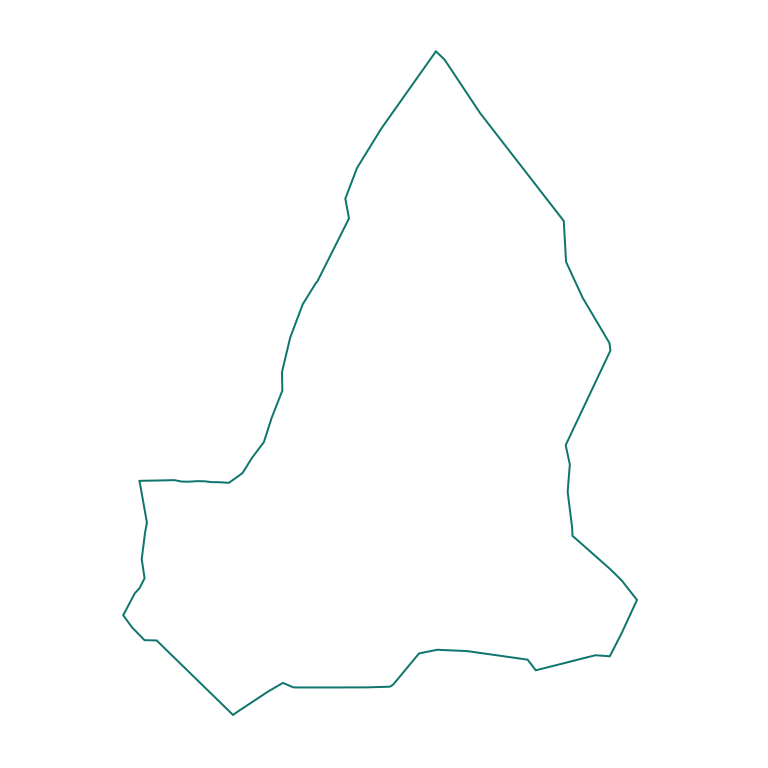 Gokana, Rivers, Nigeria (Natural Earth projection), rotated 181°
{"feature_id": "59680162B60219664923389", "entity_name": "Gokana", "entity_type": "district", "adm_level": 2, "iso_a3": "NGA", "parent_name": "Nigeria", "parent_adm1": "Rivers", "projection": "natural_earth1", "projection_center": [7.302, 4.635], "detail": "fine", "context": "isolated", "style": "outline", "palette": "teal", "viewbox_px": 768, "rotation_deg": 181, "n_neighbors": 0, "source": "geoboundaries", "source_scale": "gbopen_adm2", "svg_char_len": 984}
<svg xmlns="http://www.w3.org/2000/svg" viewBox="0 0 768 768"><g transform="rotate(181 384 384)"><path d="M425.9,568.7L421.9,548.9L452.4,485.4L453.9,483.7L466.6,462.4L478.6,428.8L486.2,394.2L485.5,375.7L495.7,348.3L503.1,323.8L514.8,307.7L523.9,292.5L537.3,282.5L546.9,282.9L554.8,282.9L561.7,283.6L569.1,283.6L577.7,282.9L584.5,282.9L591.9,284.2L626.8,282.9L618.6,241.2L620.3,231.3L623.2,204.7L620.0,185.6L624.9,175.5L629.5,170.5L640.7,148.2L631.8,136.4L619.0,123.7L606.6,123.6L606.0,122.8L529.2,50.5L523.4,54.7L494.1,74.8L479.8,83.4L469.4,79.1L463.5,79.1L397.5,80.3L373.8,81.4L372.3,81.7L369.5,83.7L344.3,115.2L326.2,119.2L296.3,118.4L235.6,110.9L227.3,100.4L167.9,116.5L153.5,115.7L142.0,139.1L127.3,172.5L143.2,192.1L154.9,203.1L192.9,235.5L193.3,243.1L198.5,279.4L196.8,306.9L201.3,326.0L158.2,421.4L159.3,428.9L186.9,473.7L204.1,509.3L207.1,550.1L292.7,656.6L329.1,709.4L337.9,717.5L391.2,639.3L414.7,599.6L425.9,568.7Z" fill="none" stroke="#0f766e" stroke-width="2"/></g></svg>